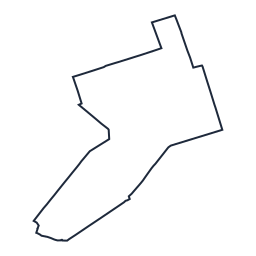 outline of Lunca, Teleorman, Romania
{"feature_id": "2599482B88621270188908", "entity_name": "Lunca", "entity_type": "district", "adm_level": 2, "iso_a3": "ROU", "parent_name": "Romania", "parent_adm1": "Teleorman", "projection": "equal_earth", "projection_center": [24.774, 43.859], "detail": "fine", "context": "isolated", "style": "outline", "palette": "slate", "viewbox_px": 256, "rotation_deg": 0, "n_neighbors": 0, "source": "geoboundaries", "source_scale": "gbopen_adm2", "svg_char_len": 1537}
<svg xmlns="http://www.w3.org/2000/svg" viewBox="0 0 256 256"><path d="M60.8,240.4L61.3,239.9L62.1,239.9L62.4,240.5L65.3,240.6L65.5,240.6L67.2,240.6L69.0,239.2L75.6,234.9L88.9,225.9L98.2,219.7L110.5,211.4L124.1,202.2L125.2,201.1L125.8,200.7L127.4,200.3L129.7,199.0L128.8,196.3L131.6,193.8L133.8,191.2L140.8,183.1L142.9,180.5L145.1,177.3L148.0,173.2L151.5,168.3L153.5,165.8L155.4,163.8L163.9,153.0L167.5,148.4L168.4,147.3L170.8,145.6L222.3,129.8L219.7,121.3L215.4,107.4L214.5,104.8L210.2,90.9L207.3,81.8L202.6,66.7L202.0,65.5L201.9,65.5L196.0,66.9L194.6,67.3L193.3,67.6L190.1,57.6L187.4,50.6L184.1,41.0L181.5,33.4L181.3,32.2L178.3,24.4L176.6,19.9L174.8,15.4L174.4,15.5L151.9,22.4L161.4,48.2L154.9,50.4L140.3,55.2L134.8,56.9L117.9,62.2L115.8,62.8L106.3,65.7L105.7,65.9L103.8,67.1L95.5,69.8L80.1,74.7L72.9,76.9L73.1,77.4L77.7,90.8L81.3,102.5L81.6,103.5L79.0,104.7L78.8,104.8L95.4,118.6L101.4,123.7L108.1,128.9L108.7,129.8L109.2,138.8L109.2,139.1L89.8,151.2L84.1,158.0L81.4,161.2L79.2,164.2L76.9,167.1L75.1,169.3L72.3,172.7L68.3,177.7L66.0,180.5L64.2,182.7L57.7,190.8L54.4,195.0L50.6,199.6L46.9,204.3L43.6,208.1L33.7,220.9L36.7,222.6L38.7,225.6L37.7,228.0L37.5,228.4L37.7,228.5L37.6,228.8L36.7,231.5L36.3,232.8L36.9,233.0L38.0,233.5L39.1,234.1L39.5,234.3L40.1,234.6L40.4,234.9L40.7,235.1L41.5,235.7L44.5,236.3L45.1,236.4L45.7,236.5L45.8,236.6L47.2,236.8L50.1,237.8L50.5,237.9L52.4,238.7L54.0,239.4L55.5,239.9L56.7,240.2L57.3,240.4L58.1,240.4L58.5,240.4L59.2,240.4L60.2,240.3L60.8,240.4Z" fill="none" stroke="#1e293b" stroke-width="2"/></svg>